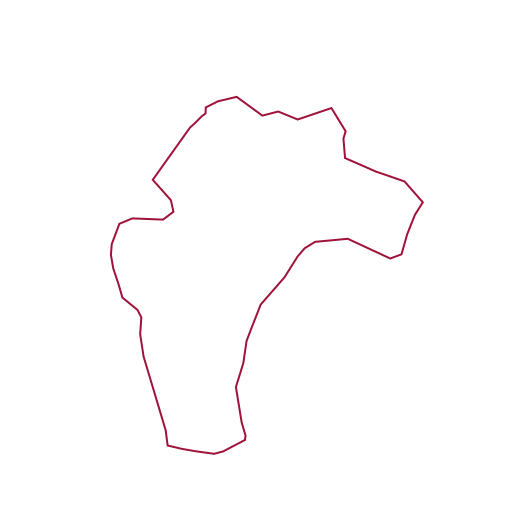 Opobo/Nkoro, Nigeria, rotated 60°
{"feature_id": "59680162B46802984315739", "entity_name": "Opobo/Nkoro", "entity_type": "district", "adm_level": 2, "iso_a3": "NGA", "parent_name": "Nigeria", "parent_adm1": "", "projection": "robinson", "projection_center": [7.512, 4.533], "detail": "fine", "context": "isolated", "style": "outline", "palette": "rose", "viewbox_px": 512, "rotation_deg": 60, "n_neighbors": 0, "source": "geoboundaries", "source_scale": "gbopen_adm2", "svg_char_len": 846}
<svg xmlns="http://www.w3.org/2000/svg" viewBox="0 0 512 512"><g transform="rotate(60 256 256)"><path d="M409.8,357.5L406.4,354.9L392.9,351.6L359.4,338.9L342.5,320.6L324.8,306.6L321.1,302.0L315.8,295.5L300.4,276.2L288.7,242.0L277.2,220.2L273.6,209.8L273.3,197.7L287.0,167.9L325.3,141.0L327.3,129.2L312.6,114.0L299.8,97.8L292.9,84.7L265.7,90.1L242.9,109.9L215.7,129.9L198.1,121.6L192.7,116.0L165.6,116.7L158.6,151.7L142.0,164.5L137.6,180.3L108.5,193.2L103.0,211.5L102.2,225.2L107.3,228.4L107.9,233.2L110.5,242.8L111.7,248.8L138.4,307.3L165.2,301.8L176.4,305.4L178.0,318.3L161.6,344.3L159.8,358.2L173.6,375.0L182.5,381.1L195.3,385.8L212.4,389.3L225.2,392.5L243.4,385.6L251.8,386.0L265.8,395.4L286.8,403.6L361.9,421.4L375.9,427.3L385.7,416.9L394.7,406.2L406.4,391.1L408.8,382.1L409.8,357.5Z" fill="none" stroke="#9f1239" stroke-width="2"/></g></svg>